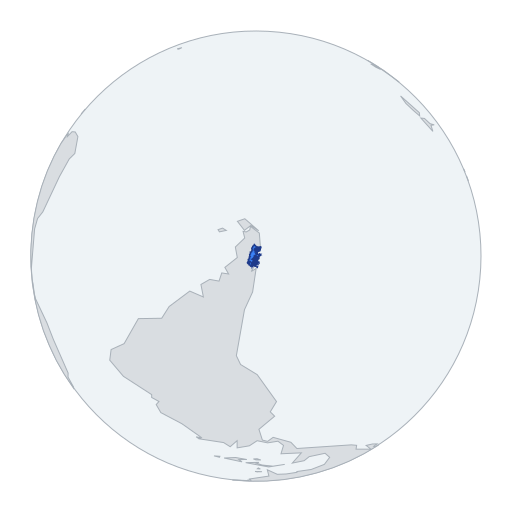 Aisén del General Carlos Ibáñez del Campo highlighted on a globe, orthographic projection, rotated 183°
{"feature_id": "CHL-2691", "entity_name": "Aisén del General Carlos Ibáñez del Campo", "entity_type": "Region", "adm_level": 1, "iso_a3": "CHL", "parent_name": "Chile", "parent_adm1": "", "projection": "orthographic", "projection_center": [-74.056, -46.391], "detail": "fine", "context": "on_globe", "style": "filled", "palette": "blue", "viewbox_px": 512, "rotation_deg": 183, "n_neighbors": 0, "source": "natural_earth", "source_scale": "10m", "svg_char_len": 9044}
<svg xmlns="http://www.w3.org/2000/svg" viewBox="0 0 512 512"><g transform="rotate(183 256 256)"><circle cx="256" cy="256" r="225" fill="#eef3f6" stroke="#a8b0b8"/><path d="M47.8,342.1L48.2,342.9L48.4,343.2L47.8,342.1ZM267.8,31.0L265.8,30.9L268.0,31.2L251.5,31.3L252.9,31.7L250.1,32.2L249.0,31.5L250.7,33.0L231.6,36.9L233.5,43.1L223.3,39.1L214.5,39.9L203.8,42.1L203.9,42.9L189.7,45.7L176.8,51.5L171.9,58.8L176.7,62.6L192.4,58.4L197.2,54.1L208.9,51.1L200.4,61.8L220.7,59.8L218.6,68.3L224.4,72.2L234.6,70.0L245.2,71.6L252.7,66.1L264.8,63.4L265.2,70.6L271.8,64.2L278.6,68.0L302.7,70.4L300.9,71.8L321.2,84.6L342.8,94.6L347.9,102.4L345.3,105.6L352.8,109.3L352.9,112.1L382.1,128.9L396.6,144.3L395.8,155.0L383.1,161.6L370.2,187.3L346.9,188.9L340.1,201.0L320.3,217.5L306.4,212.3L309.5,224.7L301.0,230.2L291.6,229.0L289.3,237.3L282.4,236.6L286.5,243.0L274.6,253.5L277.1,263.9L268.2,273.4L270.2,279.9L267.0,279.5L263.6,281.7L263.1,285.3L253.9,279.1L252.0,265.0L255.8,258.2L251.7,257.1L259.9,240.3L255.2,243.6L257.5,219.9L264.7,201.8L270.4,155.4L265.7,146.8L248.6,137.6L227.9,111.7L233.6,101.1L229.0,97.0L244.0,83.1L240.0,72.5L234.7,71.5L229.4,75.8L211.4,71.8L205.1,65.9L150.9,72.4L145.6,72.2L146.0,68.3L131.1,69.1L136.1,72.6L129.7,74.4L125.2,74.7L128.5,72.1L126.6,71.7L123.6,73.7L137.8,64.2L152.6,55.8L168.0,48.6L183.9,42.6L200.3,37.7L216.9,34.1L233.8,31.8L250.8,30.8L267.8,31.0ZM232.3,46.0L255.5,49.1L242.3,50.1L244.8,49.1L239.0,47.6L228.0,47.0L216.4,49.4L232.3,46.0ZM242.8,40.9L238.7,40.9L242.7,40.6L242.8,40.9ZM269.1,292.6L254.6,281.3L262.8,286.2L268.9,281.0L276.4,289.7L269.1,292.6ZM287.0,280.0L293.8,278.2L295.3,280.3L290.9,282.1L287.0,280.0ZM455.8,360.0L456.6,358.2L449.8,369.2L450.5,365.5L446.2,370.5L443.0,370.4L440.1,365.9L442.3,348.9L447.6,343.1L456.5,324.9L471.2,288.9L476.1,282.0L478.5,271.5L479.5,238.7L479.7,230.2L478.6,222.0L477.2,216.1L475.3,206.4L474.0,201.9L461.3,178.3L454.1,162.3L437.5,129.3L437.4,125.3L431.5,115.8L431.4,114.6L441.2,127.7L450.0,141.4L457.7,155.8L464.5,170.6L470.1,185.9L474.6,201.6L478.0,217.5L480.2,233.7L481.2,249.9L481.0,266.3L479.7,282.5L477.2,298.6L473.6,314.5L468.8,330.1L462.8,345.3L455.8,360.0ZM303.4,70.5L306.3,72.3L302.5,71.8L303.4,70.5ZM240.5,52.5L245.4,52.4L248.0,53.2L244.2,53.6L240.5,52.5ZM281.9,53.1L287.5,54.2L281.6,54.1L281.9,53.1ZM259.2,49.7L277.3,52.6L265.9,53.7L254.5,52.3L262.4,51.8L259.2,49.7ZM240.5,43.5L243.5,43.6L242.6,44.5L240.5,43.5ZM245.7,40.8L244.5,40.9L242.9,40.4L245.7,40.8ZM345.6,458.7L340.9,460.2L344.0,458.5L345.6,458.7ZM434.1,393.9L436.1,391.3L438.1,388.7L434.1,393.9ZM100.4,407.7L99.9,404.5L106.3,409.4L114.3,416.2L120.0,423.4L100.4,407.7ZM150.8,453.5L149.0,453.7L141.3,448.8L146.2,450.8L150.8,453.5ZM95.0,402.2L89.2,397.3L84.9,396.3L88.1,395.7L85.9,389.7L98.6,402.4L95.0,402.2ZM122.1,437.2L131.6,443.5L142.6,450.4L143.9,451.4L148.7,454.0L154.8,457.3L138.0,447.9L122.1,437.2ZM51.8,351.2L51.7,350.7L53.1,353.8L51.8,351.2ZM48.4,343.2L50.0,347.1L47.8,342.1L48.4,343.2Z" fill="#d9dde1" stroke="#a8b0b8" stroke-width="1"/><path d="M262.5,246.9L262.2,247.1L262.2,248.2L264.0,248.4L264.2,248.8L263.7,249.9L261.5,249.7L261.5,250.2L262.9,250.6L263.6,251.7L263.0,252.3L263.1,252.6L262.3,252.9L262.3,254.0L262.7,254.5L261.8,255.1L262.2,255.5L262.4,257.3L261.7,257.7L261.7,258.5L261.8,259.3L261.4,259.2L261.0,260.1L260.5,260.2L260.5,260.8L260.0,262.0L260.5,262.7L260.6,263.7L259.9,264.1L259.8,265.5L258.7,266.2L258.3,267.3L255.9,265.1L255.3,265.1L255.1,264.7L255.3,264.5L255.6,264.2L256.2,264.7L256.1,264.1L256.4,263.9L255.4,263.6L255.3,263.2L254.8,262.7L254.9,262.4L254.5,262.6L255.1,262.3L255.6,263.2L255.3,262.3L256.4,262.4L256.5,262.7L256.8,262.4L256.7,262.8L257.2,262.8L257.3,263.3L258.0,262.9L258.0,262.6L257.7,263.0L257.1,262.3L257.1,261.9L257.4,262.2L258.2,262.4L257.2,261.8L257.3,261.6L256.9,261.3L256.9,260.5L256.7,261.5L256.3,261.7L254.2,261.2L254.6,261.1L254.5,260.8L254.7,260.6L255.2,260.9L254.9,261.1L255.6,261.4L255.3,261.1L256.0,260.8L255.8,260.7L256.0,260.5L255.3,260.7L255.1,260.2L254.7,260.1L255.3,259.3L255.7,259.2L255.8,259.7L255.8,259.2L256.2,259.4L256.0,259.0L256.3,258.5L255.7,258.3L255.8,257.7L254.6,257.3L254.9,257.5L254.3,257.8L254.9,258.0L254.3,257.9L254.0,257.5L253.4,257.4L253.2,257.0L253.6,256.2L252.9,257.0L252.3,257.0L251.9,257.2L251.7,257.5L252.3,257.3L252.4,258.2L251.7,257.9L251.5,257.0L252.8,256.1L252.9,255.7L253.2,255.8L253.4,255.8L253.1,255.7L253.2,255.3L254.0,255.3L253.9,254.9L254.3,253.8L254.6,253.8L254.9,254.5L254.9,253.7L255.2,253.6L255.9,253.8L255.6,254.0L256.0,254.2L255.7,255.0L256.0,254.4L256.2,254.8L255.3,255.4L254.8,255.2L255.2,255.5L256.0,255.2L255.9,255.7L256.6,255.8L256.1,255.3L256.5,255.0L256.8,255.7L256.2,256.7L256.8,256.6L256.8,256.1L257.5,255.7L257.3,255.5L257.4,255.2L257.9,254.6L257.7,254.6L257.0,255.7L257.1,254.4L257.8,253.3L258.4,253.2L258.0,253.0L257.3,253.6L257.5,252.3L258.3,251.7L258.9,252.3L259.4,252.2L258.2,251.5L257.7,251.6L258.1,251.1L257.8,250.5L258.6,250.3L259.7,249.6L260.1,248.6L260.1,248.0L259.7,248.6L259.1,247.8L258.5,247.6L258.6,247.2L258.2,247.3L258.7,247.0L259.0,245.7L259.5,245.9L259.4,245.4L259.3,245.7L258.9,245.6L259.5,245.2L260.2,245.8L260.9,245.6L261.5,246.5L262.5,246.9ZM257.6,249.1L258.3,249.1L258.2,248.7L258.6,248.8L258.3,248.3L258.9,248.5L258.7,248.2L259.0,248.0L259.0,248.6L259.3,248.3L259.7,248.7L259.5,249.1L259.0,249.0L259.4,249.4L258.2,250.3L257.8,249.8L258.4,249.8L257.8,249.7L257.6,249.1ZM253.2,264.9L252.8,264.8L252.7,263.7L252.1,263.9L252.6,263.5L252.1,263.6L252.4,263.1L252.1,263.3L252.1,262.6L252.6,262.4L253.3,264.3L253.2,264.9ZM254.6,264.5L254.8,264.9L254.6,265.1L253.6,264.7L253.5,264.3L253.9,263.9L254.3,264.1L254.0,263.7L254.2,262.8L254.6,263.8L254.4,264.0L254.6,264.5ZM253.5,264.1L252.8,262.6L254.0,263.0L253.9,263.7L253.5,264.1ZM256.9,251.4L256.2,251.5L255.5,251.0L256.5,250.5L256.9,251.4ZM252.8,262.5L253.1,261.9L254.1,261.6L254.0,262.4L254.2,262.8L253.4,262.3L252.8,262.5ZM255.0,249.3L256.5,249.3L255.4,249.8L255.0,249.3ZM256.7,261.9L254.8,262.0L255.5,261.8L255.4,261.6L256.7,261.9ZM254.1,253.7L254.0,254.5L253.2,254.9L253.8,254.5L253.2,254.4L253.1,254.0L253.7,254.2L253.5,253.9L254.1,253.7ZM252.7,264.5L252.1,265.1L252.4,264.8L251.8,264.7L252.0,264.1L252.6,264.0L252.7,264.5ZM254.8,253.4L255.0,252.3L255.4,252.5L255.5,253.2L254.8,253.4ZM257.1,252.3L257.3,252.6L257.0,253.5L256.7,253.1L257.1,252.3ZM255.2,250.6L255.7,250.0L256.4,250.3L255.2,250.6ZM255.7,251.5L256.7,251.8L256.1,251.9L255.7,251.5ZM255.8,245.9L256.5,245.7L256.8,246.2L256.4,246.0L256.2,246.4L255.8,245.9ZM257.1,248.7L257.3,249.4L256.8,249.5L256.7,248.9L257.1,248.7ZM256.0,253.2L256.0,252.7L256.4,252.9L256.4,253.3L256.0,253.2ZM253.4,261.6L252.6,261.5L252.6,261.3L253.3,261.1L253.2,261.5L253.4,261.6ZM256.0,252.2L256.5,252.7L256.1,252.6L255.8,252.8L256.0,252.2ZM254.7,263.6L254.8,263.1L254.6,263.3L254.7,262.8L255.2,263.3L254.7,263.6ZM256.9,254.7L256.8,255.3L256.3,254.7L256.9,254.7ZM255.0,248.6L254.6,248.4L255.4,248.2L255.5,248.4L255.0,248.6ZM252.7,264.8L252.8,265.2L251.9,265.4L251.9,265.1L252.2,265.2L252.7,264.8ZM255.5,258.9L256.2,258.6L255.8,259.1L255.5,258.9ZM254.0,245.3L254.1,244.8L254.6,245.1L254.0,245.3ZM254.6,252.8L254.6,253.4L254.3,253.5L254.3,253.0L254.6,252.8ZM254.9,263.7L255.3,263.4L255.6,264.1L255.4,264.1L254.9,263.7ZM256.9,253.7L257.0,254.0L256.7,254.0L256.3,254.4L256.9,253.7ZM256.3,249.7L256.6,249.6L256.8,250.3L256.5,250.3L256.3,249.7ZM252.8,249.8L253.3,250.2L252.9,250.2L252.8,249.8ZM256.1,247.9L256.0,247.2L256.5,247.5L256.1,247.6L256.1,247.9ZM255.1,251.6L255.1,252.1L254.7,251.7L255.1,251.6ZM255.9,253.5L256.2,253.6L256.1,254.1L255.9,253.5ZM258.6,246.7L258.2,246.4L258.5,246.2L258.6,246.7ZM255.0,249.4L255.1,250.0L254.7,249.5L255.0,249.4ZM253.8,261.2L253.6,261.5L253.4,261.1L253.5,261.0L253.8,261.2ZM255.4,251.4L255.3,251.7L255.0,251.4L255.1,251.1L255.4,251.4ZM255.0,264.4L254.8,263.9L255.4,264.2L255.0,264.4ZM256.1,248.6L255.8,248.4L255.7,248.3L256.3,248.7L255.8,248.6L256.1,248.6ZM255.3,248.6L255.8,248.8L255.1,248.7L255.3,248.6ZM254.4,261.5L254.8,261.6L254.8,261.8L254.5,262.0L254.4,261.5ZM256.9,246.4L257.2,246.6L257.2,247.1L256.9,246.8L256.9,246.4ZM254.9,258.7L255.2,258.6L255.3,258.7L254.9,259.1L254.9,258.7ZM254.4,249.1L254.8,249.3L254.3,249.2L254.4,249.1ZM252.5,257.3L253.0,257.2L253.1,257.5L252.5,257.3ZM256.0,264.0L255.7,264.1L255.5,263.8L256.0,264.0ZM256.2,249.6L256.0,250.0L255.6,249.8L256.2,249.6ZM257.3,249.5L257.2,249.9L256.9,249.8L256.9,249.6L257.3,249.5ZM255.8,247.9L256.4,248.0L256.3,248.4L255.8,247.9ZM256.3,247.0L256.6,247.4L256.1,247.2L256.3,247.0ZM256.8,254.1L257.0,254.5L256.6,254.5L256.8,254.1ZM256.6,252.1L256.4,252.2L256.1,252.1L256.3,252.0L256.6,252.1ZM254.8,252.8L254.7,252.3L254.9,252.2L254.8,252.8ZM253.8,248.9L254.1,249.2L253.9,249.3L253.8,248.9ZM256.7,248.3L256.4,248.2L256.5,248.1L256.7,248.3ZM256.7,247.7L256.3,247.9L256.2,247.7L256.7,247.7ZM253.8,252.9L254.1,253.3L253.7,253.0L253.8,252.9ZM258.2,248.1L258.3,247.8L258.5,248.1L258.2,248.1ZM257.1,248.3L256.7,248.1L257.1,248.0L257.1,248.3ZM255.0,247.7L255.3,247.6L255.3,247.8L255.0,247.7ZM255.4,247.2L255.2,247.4L255.1,247.2L255.4,247.2Z" fill="#3b82f6" stroke="#1e3a8a" stroke-width="1.5"/></g></svg>